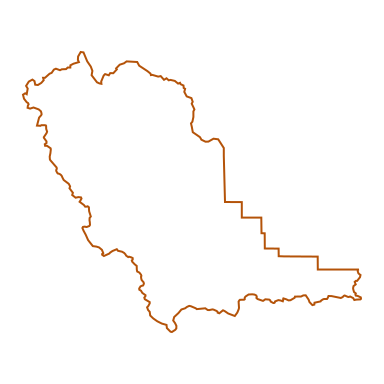 outline of Beaverhead, Montana, United States of America
{"feature_id": "52423323B11002176870348", "entity_name": "Beaverhead", "entity_type": "district", "adm_level": 2, "iso_a3": "USA", "parent_name": "United States of America", "parent_adm1": "Montana", "projection": "equal_earth", "projection_center": [-112.883, 45.148], "detail": "fine", "context": "isolated", "style": "outline", "palette": "amber", "viewbox_px": 384, "rotation_deg": 0, "n_neighbors": 0, "source": "geoboundaries", "source_scale": "gbopen_adm2", "svg_char_len": 4303}
<svg xmlns="http://www.w3.org/2000/svg" viewBox="0 0 384 384"><path d="M176.1,328.7L176.3,328.5L176.4,325.9L175.1,323.2L173.2,320.5L174.2,317.0L178.5,313.0L181.4,309.5L185.1,308.3L187.0,306.9L189.2,305.9L190.8,306.2L195.8,308.3L196.7,309.1L198.0,309.0L205.3,308.3L207.7,310.0L209.2,310.1L212.4,309.4L213.5,309.6L216.7,311.0L217.7,312.0L217.7,312.7L219.3,313.3L223.0,310.3L224.7,311.1L228.2,313.5L234.8,316.0L237.3,312.6L238.7,309.2L239.0,307.9L238.6,301.6L239.3,300.4L240.0,299.8L244.1,299.7L244.7,299.3L244.7,297.8L245.0,297.2L245.7,296.4L248.6,294.5L252.4,294.3L254.6,294.6L256.3,295.5L256.8,296.9L256.4,297.9L257.5,299.0L262.7,300.8L263.2,300.8L265.3,299.3L269.2,299.6L270.2,300.3L270.7,301.6L273.3,303.0L274.0,303.0L274.7,302.6L275.1,301.4L278.4,300.1L280.6,300.5L282.8,301.3L283.2,300.0L283.1,299.1L283.4,298.4L286.0,299.2L288.6,300.4L290.5,300.2L294.6,297.8L295.0,296.6L301.1,296.5L303.3,295.4L305.7,295.3L308.6,299.6L309.5,302.1L312.4,305.1L314.3,304.6L314.5,302.7L320.6,301.4L321.0,300.7L322.7,299.5L324.0,299.0L327.0,299.0L327.8,297.8L328.5,296.0L331.6,296.1L340.4,297.9L340.8,298.0L342.6,297.1L343.9,295.8L344.7,295.5L347.9,296.9L348.8,297.0L350.1,296.5L353.2,298.1L354.3,300.0L356.4,299.6L360.4,299.4L361.0,298.8L360.8,297.4L357.6,295.9L355.8,295.6L355.4,294.6L355.8,293.4L354.0,292.0L353.2,289.1L353.1,288.1L353.5,286.1L355.7,284.4L354.7,281.9L355.8,280.9L357.1,280.9L360.0,277.2L360.5,275.0L359.4,274.2L358.4,273.3L357.7,271.1L357.8,270.2L358.2,269.7L358.9,269.5L317.8,269.5L317.7,256.6L284.2,256.4L278.7,256.2L278.6,248.6L264.8,248.5L264.7,233.3L261.5,233.2L261.3,217.6L241.8,217.6L241.8,202.1L225.0,202.0L223.8,155.8L223.8,148.0L218.2,139.3L213.5,138.7L208.4,141.6L205.5,141.7L201.4,139.7L200.0,137.2L192.8,132.2L191.8,126.8L191.0,123.4L192.4,121.7L193.4,117.0L193.4,111.4L194.4,109.4L193.4,107.2L191.7,103.7L192.7,101.8L191.4,98.1L186.7,96.4L184.3,91.9L185.1,88.8L183.7,88.0L183.5,85.5L180.6,84.2L180.0,82.8L178.1,83.6L174.8,80.9L170.5,79.9L168.7,80.3L166.5,78.3L164.0,79.8L160.7,76.1L158.2,76.6L152.4,74.9L150.9,75.1L150.5,73.6L147.4,71.1L139.2,65.7L137.2,62.0L126.6,61.4L124.0,63.3L119.7,64.7L116.1,68.4L116.8,69.4L113.3,73.2L110.2,73.1L108.8,75.3L105.1,74.1L103.7,75.5L101.2,81.5L101.4,83.8L99.4,83.4L97.0,82.3L91.6,75.2L92.4,70.9L90.8,66.6L87.2,61.3L83.5,52.4L80.7,52.0L78.1,56.5L77.9,59.9L78.9,62.1L73.5,63.7L70.4,65.3L70.3,67.5L67.7,67.5L66.1,69.1L61.8,69.3L60.0,70.2L55.9,68.7L53.9,69.6L51.6,72.9L49.6,73.7L45.0,77.8L43.1,77.8L43.7,80.2L41.3,82.9L37.9,85.0L35.2,84.7L34.5,81.1L32.4,79.6L28.8,81.6L26.1,85.9L27.7,88.6L26.7,94.2L25.2,93.3L23.0,94.7L24.0,98.7L26.7,102.2L28.1,103.1L28.6,104.3L27.9,105.6L27.6,107.8L30.1,108.6L33.5,107.5L38.7,109.4L40.9,111.3L41.4,112.9L41.6,114.3L41.2,115.2L39.1,117.6L37.0,125.6L40.5,125.8L41.3,125.2L42.2,125.2L44.7,125.2L45.8,125.4L46.1,125.9L46.2,128.9L47.1,131.7L46.5,133.2L43.8,137.2L43.9,137.8L46.5,141.4L46.5,143.0L44.8,144.2L45.1,145.8L47.0,145.8L50.6,148.3L50.7,148.7L50.8,149.6L50.4,153.2L49.7,156.6L49.9,159.4L50.3,160.2L56.6,167.5L56.8,168.8L56.3,169.8L56.2,170.8L57.2,172.8L58.0,173.6L58.6,173.6L59.8,174.1L61.0,175.0L61.9,176.2L62.3,177.3L63.7,180.0L68.8,183.9L70.1,186.4L69.5,188.3L72.9,192.8L72.2,195.0L75.6,197.7L78.4,197.1L81.0,197.4L81.5,198.6L80.6,200.2L79.6,201.8L83.9,205.0L85.2,206.7L86.9,206.6L87.7,206.3L88.9,207.3L89.0,209.8L89.2,211.5L90.8,216.5L89.6,218.0L89.5,220.5L89.8,222.0L90.0,224.9L89.3,226.0L86.7,227.0L85.7,226.9L84.9,226.6L83.0,226.9L82.4,228.0L83.5,230.6L85.7,234.7L88.1,240.1L92.8,246.1L96.4,246.6L99.0,247.4L101.9,249.8L103.3,253.2L103.2,253.5L102.1,254.1L102.2,254.8L103.9,256.0L109.4,253.5L110.0,252.7L112.5,251.0L116.8,249.2L118.0,250.8L122.0,251.7L124.1,252.9L125.5,254.4L126.1,255.6L128.2,257.1L129.0,256.7L131.4,257.4L132.7,258.1L132.7,259.6L131.8,260.4L132.2,261.7L134.7,264.3L136.7,265.9L136.8,269.6L137.2,271.5L139.4,272.6L141.0,274.7L141.4,275.9L141.0,276.8L141.3,278.9L141.7,280.1L143.6,282.3L143.9,283.7L143.3,285.1L142.9,285.6L141.7,285.8L140.5,286.4L139.2,288.5L139.3,289.7L141.0,290.7L142.3,292.9L145.5,295.2L145.4,296.3L144.3,297.6L144.8,299.2L149.7,302.1L149.7,303.4L148.3,306.0L147.1,307.3L148.1,310.0L149.7,311.8L150.2,315.5L153.2,318.4L157.3,321.3L161.9,323.6L166.5,324.9L166.9,328.1L170.5,331.7L171.9,332.0L175.3,329.8L176.1,328.7Z" fill="none" stroke="#b45309" stroke-width="2"/></svg>